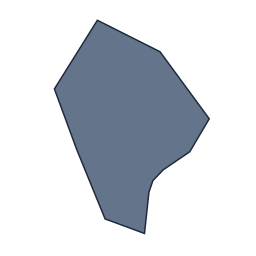 outline of Cotabato, rotated 189°
{"feature_id": "PHL-5527", "entity_name": "Cotabato", "entity_type": "Independent Component City", "adm_level": 1, "iso_a3": "PHL", "parent_name": "Philippines", "parent_adm1": "", "projection": "orthographic", "projection_center": [124.232, 7.243], "detail": "fine", "context": "isolated", "style": "filled", "palette": "slate", "viewbox_px": 256, "rotation_deg": 189, "n_neighbors": 0, "source": "natural_earth", "source_scale": "10m", "svg_char_len": 302}
<svg xmlns="http://www.w3.org/2000/svg" viewBox="0 0 256 256"><g transform="rotate(189 128 128)"><path d="M49.2,149.8L63.3,114.2L86.7,92.2L95.2,79.9L97.3,67.7L95.2,26.4L136.4,34.6L175.1,98.4L206.8,155.1L175.1,229.6L108.3,208.3L49.2,149.8Z" fill="#64748b" stroke="#1e293b" stroke-width="1.5"/></g></svg>